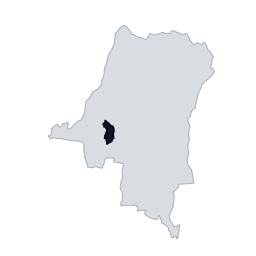 Idiofa, Bandundu, Democratic Republic of the Congo shown in context, rotated 8°
{"feature_id": "63176286B53815785774290", "entity_name": "Idiofa", "entity_type": "district", "adm_level": 2, "iso_a3": "COD", "parent_name": "Democratic Republic of the Congo", "parent_adm1": "Bandundu", "projection": "equal_earth", "projection_center": [19.504, -4.707], "detail": "fine", "context": "in_parent", "style": "filled", "palette": "ink", "viewbox_px": 256, "rotation_deg": 8, "n_neighbors": 0, "source": "geoboundaries", "source_scale": "gbopen_adm2", "svg_char_len": 7104}
<svg xmlns="http://www.w3.org/2000/svg" viewBox="0 0 256 256"><g transform="rotate(8 128 128)"><path d="M201.0,173.5L186.0,176.7L186.2,177.9L186.1,179.1L185.7,180.0L184.1,182.5L181.8,184.8L181.8,185.3L182.9,187.9L183.6,191.4L183.4,197.6L183.7,199.3L183.6,200.6L182.8,202.0L181.2,209.4L182.2,213.0L185.1,216.4L186.8,218.8L189.8,219.7L190.2,219.6L190.4,217.5L192.8,216.7L192.6,229.9L192.4,230.7L192.0,230.8L191.4,230.4L191.3,229.1L190.7,228.6L187.8,230.2L187.1,230.2L186.3,229.9L185.7,229.2L185.6,228.2L183.6,224.4L182.6,224.1L181.6,220.7L177.1,218.1L175.4,217.9L174.5,217.2L173.6,214.4L172.2,212.7L171.8,210.7L171.5,210.5L170.6,210.9L169.8,213.9L168.8,214.7L167.0,214.7L162.4,213.8L159.1,212.3L158.2,212.4L156.9,210.9L156.4,208.6L156.7,206.7L151.4,208.0L150.2,208.9L149.1,208.7L148.7,208.2L149.2,206.9L149.0,205.6L148.6,204.9L147.1,204.4L146.7,203.0L145.8,202.8L145.5,203.0L145.2,204.0L144.7,204.3L141.7,203.8L138.6,205.1L134.4,204.8L132.4,206.3L132.1,206.3L131.7,205.5L131.3,203.0L131.5,202.3L132.1,201.8L132.4,200.8L132.2,198.2L132.3,197.6L132.1,196.1L131.5,193.7L130.6,191.8L128.7,188.8L128.4,187.5L128.5,184.2L129.2,179.0L129.1,175.1L128.3,172.6L128.2,169.9L128.7,165.1L128.2,163.9L118.6,163.5L118.2,163.1L118.1,162.5L118.5,159.6L112.7,160.3L110.9,160.9L109.9,162.0L109.5,163.5L109.5,165.6L108.6,167.6L108.3,171.0L106.7,171.4L105.1,171.4L102.0,170.7L99.0,171.7L97.5,172.6L96.7,172.1L94.0,172.5L93.7,172.2L90.6,165.5L89.2,163.3L88.9,162.2L89.0,161.1L88.6,159.7L87.2,156.3L86.9,154.7L87.0,152.1L86.8,151.3L85.5,149.1L84.6,148.4L83.7,148.0L68.1,148.3L62.9,147.9L59.2,148.2L57.2,148.0L56.7,147.7L55.0,148.1L54.1,149.1L52.7,149.5L51.9,149.3L50.3,146.8L52.5,146.4L52.6,146.2L52.8,140.2L52.2,139.3L53.4,138.3L55.3,135.6L57.1,134.7L57.4,134.1L57.8,134.2L58.4,135.3L60.0,136.7L62.0,135.5L62.2,135.1L62.5,132.5L63.0,132.3L63.8,132.9L64.3,132.9L65.2,132.1L67.7,130.8L68.5,132.5L67.8,134.0L68.1,135.0L68.1,136.7L68.6,137.0L70.6,137.2L71.2,136.8L75.1,130.9L76.2,130.2L77.8,127.9L80.0,126.8L81.0,125.0L82.3,121.6L82.8,116.9L82.6,108.6L82.8,107.5L85.5,103.8L88.2,97.0L90.1,95.3L91.5,94.6L93.6,92.1L95.4,89.6L95.1,86.6L95.5,84.1L96.5,81.0L96.8,77.6L96.4,74.1L96.6,71.3L97.9,66.7L98.0,61.4L99.1,57.0L101.4,51.4L102.5,47.2L102.3,43.1L102.6,40.1L102.4,38.3L102.0,36.8L102.2,35.8L103.1,35.4L104.2,33.8L106.1,29.8L108.2,27.8L109.6,27.2L111.1,27.3L112.1,27.6L113.7,29.2L115.5,30.5L116.9,32.0L118.3,34.5L121.5,35.0L122.9,35.9L123.7,36.3L124.0,36.0L124.7,36.2L126.2,36.9L127.5,36.5L133.5,38.1L134.1,37.3L135.8,33.1L137.0,31.6L139.1,31.5L140.7,32.3L141.6,32.3L148.9,28.7L149.9,28.5L152.5,29.4L154.3,28.8L155.0,29.0L156.5,28.3L157.7,25.8L158.7,25.2L169.3,27.9L170.9,26.6L171.7,26.4L174.0,27.4L174.7,29.0L176.2,30.3L177.2,32.5L178.8,33.7L179.6,34.9L180.5,35.7L182.4,36.0L184.8,34.0L186.6,34.2L188.3,35.3L188.9,35.3L190.2,34.1L190.9,32.9L191.6,32.6L192.6,33.1L193.4,34.3L194.2,36.0L196.8,39.8L199.4,41.4L200.1,43.7L201.0,43.5L201.4,43.7L202.1,45.2L202.6,45.5L202.7,46.1L202.0,47.5L201.4,50.1L202.2,51.7L201.6,54.1L201.3,56.6L202.1,57.2L203.2,57.1L204.1,58.4L204.9,58.6L205.7,60.0L205.5,61.1L203.0,65.1L199.2,69.9L198.0,70.5L197.3,71.4L196.8,72.9L195.7,74.1L194.9,74.5L194.8,78.1L193.5,81.7L193.0,82.5L192.4,88.4L192.5,89.4L191.8,94.3L191.9,98.8L190.0,100.3L188.8,102.5L188.2,104.0L188.2,107.7L186.1,110.0L186.0,110.5L186.5,113.1L187.3,113.5L187.3,114.3L189.0,117.1L188.8,125.7L188.9,126.6L189.8,128.6L190.4,132.5L189.7,137.4L191.9,146.4L190.9,149.8L191.4,152.9L192.7,156.3L195.9,159.5L196.8,160.9L197.6,162.7L198.3,165.5L201.0,173.5Z" fill="#d9dde1" stroke="#a8b0b8" stroke-width="1"/><path d="M102.9,127.8L103.0,127.8L103.3,128.2L103.4,128.4L103.5,128.4L104.0,128.4L104.1,128.5L104.1,128.8L104.0,129.1L103.9,129.3L103.9,129.6L104.0,129.8L104.2,130.0L104.3,130.4L104.5,130.3L104.5,130.0L104.6,129.9L104.8,130.0L104.9,129.9L105.0,130.0L105.3,130.2L105.4,129.9L105.5,129.8L105.7,130.0L106.1,129.7L106.2,129.8L106.2,130.0L106.3,130.1L106.3,130.3L106.4,130.5L106.5,130.6L106.6,131.0L106.5,131.3L106.4,131.5L106.5,131.5L107.0,131.1L107.3,131.2L107.4,131.5L107.5,131.7L107.5,131.8L107.5,132.0L107.5,132.4L107.5,132.5L107.4,132.5L107.5,132.6L107.4,132.7L107.5,132.8L107.5,133.0L107.6,133.3L107.5,133.5L107.6,133.8L107.5,134.0L107.5,134.3L107.4,134.4L107.3,134.6L107.2,134.7L107.1,134.9L107.0,135.2L106.9,135.3L106.9,135.7L106.9,136.0L106.9,136.4L106.8,136.7L106.8,136.9L106.6,137.6L106.4,138.0L106.3,138.4L106.3,138.5L106.2,138.8L106.2,139.0L106.2,139.4L106.4,139.6L106.2,140.4L106.2,140.5L106.2,140.9L106.2,141.3L106.3,141.3L106.4,141.5L106.5,141.5L106.6,141.4L106.7,141.1L106.7,140.9L106.8,140.7L107.0,140.6L107.3,140.3L107.4,140.2L107.6,140.1L107.7,140.4L107.9,140.6L108.0,140.9L108.0,141.1L108.2,141.4L108.2,141.5L108.1,141.8L107.9,142.1L107.9,142.4L107.9,142.5L108.1,142.9L108.5,144.1L108.6,144.3L108.8,144.5L109.0,144.6L109.1,144.9L109.2,145.3L109.2,145.5L109.2,145.8L109.2,146.2L109.3,146.2L109.4,146.7L109.5,146.7L109.6,146.8L109.8,146.6L109.9,146.3L109.9,146.2L109.9,145.9L110.0,145.8L110.0,145.7L110.4,145.8L110.6,145.8L110.8,145.7L111.0,145.2L111.7,145.0L111.9,145.0L112.0,144.9L112.2,144.7L112.3,144.4L112.7,144.3L112.7,144.2L112.6,143.7L112.6,143.4L113.0,143.3L113.4,143.6L113.5,143.6L113.5,143.4L113.9,143.0L114.0,142.9L114.0,142.7L113.9,142.7L113.8,142.3L113.8,142.1L113.9,141.8L113.9,141.7L114.0,141.7L114.3,141.4L114.3,141.2L114.4,140.9L114.6,140.6L114.7,140.4L114.8,140.4L115.0,140.3L115.1,140.2L115.3,140.1L115.2,139.9L115.2,139.7L115.1,139.4L115.1,139.2L114.9,139.1L114.8,138.9L114.8,138.7L114.8,138.3L114.8,138.2L114.7,138.1L114.6,137.8L114.6,137.5L114.5,137.3L114.5,137.1L114.4,136.9L114.4,136.6L114.3,136.4L114.3,136.2L114.2,136.1L114.2,135.8L114.1,135.7L114.2,135.4L114.1,135.2L114.3,135.0L114.3,134.9L114.2,134.8L114.2,134.7L114.3,134.5L114.2,134.5L114.2,134.3L114.2,134.1L114.3,134.0L114.3,133.8L114.4,133.7L114.5,133.5L114.5,133.3L114.6,133.1L114.6,132.9L114.5,132.7L114.4,132.6L114.5,132.5L114.4,132.4L114.5,132.3L114.4,132.1L114.3,131.8L114.2,131.7L114.1,131.4L114.0,131.2L114.0,130.9L114.0,130.7L113.9,130.4L113.8,130.1L113.7,129.9L113.6,129.7L113.4,129.4L113.4,129.5L113.2,129.5L113.2,129.4L113.1,129.2L112.9,129.2L112.7,128.9L112.5,128.5L112.4,128.5L112.2,128.5L112.1,128.4L111.9,128.3L111.7,128.3L111.5,128.2L111.4,128.2L111.2,128.1L110.7,128.1L110.4,127.9L110.3,127.7L110.2,127.6L109.9,127.5L109.9,127.4L109.6,127.2L109.4,127.0L109.3,126.9L109.2,127.0L109.2,126.8L109.0,126.7L108.8,126.5L108.7,126.4L108.5,126.2L108.4,126.2L108.2,126.0L108.0,125.9L107.9,125.8L107.8,125.7L107.7,125.6L107.4,125.5L107.3,125.4L107.2,125.3L106.8,125.1L106.7,125.1L106.3,125.0L106.2,124.9L105.9,124.6L105.7,124.5L105.5,124.4L105.4,124.2L105.2,124.2L104.8,123.9L104.6,123.8L104.4,123.8L104.4,124.0L104.4,124.3L104.4,124.5L104.4,124.8L104.4,125.2L104.3,125.3L104.2,125.5L104.0,125.8L103.8,126.0L103.7,126.4L103.6,126.5L103.4,126.7L103.4,126.8L103.3,127.4L103.3,127.5L103.2,127.6L102.9,127.6L102.9,127.8ZM109.8,128.4L109.7,128.3L109.7,128.1L109.8,128.0L110.0,128.0L110.0,128.3L109.9,128.4L109.8,128.4ZM112.6,129.4L112.4,129.3L112.5,129.2L112.7,129.3L112.6,129.4Z" fill="#0f172a" stroke="#020617" stroke-width="1.5"/></g></svg>